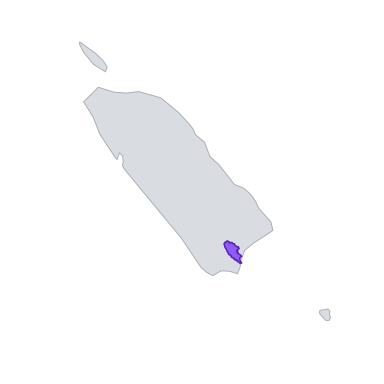 Añasco, Puerto Rico (highlighted), rotated 229°
{"feature_id": "32010507B40456711023422", "entity_name": "Añasco", "entity_type": "district", "adm_level": 2, "iso_a3": "PRI", "parent_name": "Puerto Rico", "parent_adm1": "", "projection": "albers", "projection_center": [-67.133, 18.283], "detail": "fine", "context": "in_parent", "style": "filled", "palette": "violet", "viewbox_px": 384, "rotation_deg": 229, "n_neighbors": 0, "source": "geoboundaries", "source_scale": "gbopen_adm2", "svg_char_len": 3032}
<svg xmlns="http://www.w3.org/2000/svg" viewBox="0 0 384 384"><g transform="rotate(229 192 192)"><path d="M260.5,160.4L264.9,163.3L269.2,162.9L265.7,156.8L268.8,156.8L295.9,160.3L313.3,166.5L331.2,169.4L332.5,190.0L318.8,198.4L309.9,207.1L302.6,217.8L283.4,230.3L260.1,234.1L244.6,234.5L238.8,234.1L233.1,232.1L221.4,234.1L207.0,228.8L194.6,230.2L169.9,228.9L160.7,233.6L151.9,234.7L143.2,233.8L135.9,231.7L117.6,231.9L109.9,227.8L113.1,204.3L113.4,193.6L108.9,184.8L104.0,179.3L100.4,172.7L107.6,168.4L113.5,162.1L115.3,152.7L121.7,150.4L129.3,149.3L164.1,153.7L252.2,155.9L257.2,156.6L260.5,160.4ZM360.3,210.1L349.2,211.1L342.0,210.0L339.5,205.6L352.9,201.4L368.6,201.8L377.6,204.2L378.8,205.8L360.3,210.1ZM14.4,217.9L13.0,218.0L11.7,217.8L11.1,217.4L10.2,216.1L6.2,213.8L5.2,211.8L6.2,209.6L7.8,208.7L16.0,208.5L16.8,208.8L18.5,210.3L18.5,211.3L17.7,212.3L16.2,214.9L15.6,215.6L15.2,216.3L15.0,217.4L14.4,217.9Z" fill="#d9dde1" stroke="#a8b0b8" stroke-width="1"/><path d="M130.3,181.4L129.7,181.2L128.7,180.6L127.9,180.5L127.6,180.5L126.7,180.4L125.5,180.0L123.6,179.4L123.4,179.6L122.8,179.6L122.4,179.4L122.0,179.3L121.8,179.4L121.6,179.0L121.3,178.9L121.1,179.0L120.6,178.8L120.2,179.1L119.9,179.1L119.8,179.5L119.3,179.7L119.2,179.7L118.9,179.7L118.3,179.8L118.1,179.7L117.8,179.3L117.8,179.2L117.4,179.0L117.2,179.0L116.7,179.0L116.4,179.4L116.2,179.3L115.5,179.5L115.0,179.7L115.0,180.0L114.4,180.1L114.0,179.9L113.7,180.0L113.2,179.7L112.4,180.1L111.9,180.2L111.9,180.4L112.0,180.7L111.8,180.7L111.3,180.7L111.1,180.6L110.9,180.6L110.8,181.0L110.3,181.2L110.0,181.2L109.5,180.8L109.2,180.8L109.0,181.1L108.7,181.2L108.3,181.4L107.5,181.4L107.3,181.6L106.9,181.7L106.6,181.5L106.3,181.9L105.9,182.8L106.1,182.9L107.1,183.0L107.3,183.1L108.4,183.3L109.3,183.4L109.5,183.6L109.9,183.8L110.1,183.9L110.7,184.7L110.8,184.9L110.9,185.1L111.0,186.1L111.0,186.5L111.0,187.3L113.2,187.1L113.7,187.0L114.6,186.7L114.8,186.5L114.9,186.4L115.2,186.3L115.7,186.3L115.9,186.5L116.1,186.5L115.9,186.7L116.1,187.0L116.3,186.9L116.5,187.1L116.8,186.9L116.4,186.8L116.7,186.6L116.9,186.6L117.3,186.7L117.3,187.1L117.6,187.0L117.5,186.7L117.7,186.8L117.8,187.0L117.7,187.3L117.8,187.3L117.9,187.6L118.1,187.5L118.6,187.6L118.5,187.9L118.6,188.1L118.4,188.3L118.2,188.2L118.1,188.4L118.3,188.7L118.2,188.8L118.2,189.2L118.4,189.2L118.6,189.6L118.7,189.9L118.5,190.0L118.5,190.4L118.9,190.4L119.1,190.4L119.2,190.6L119.4,190.4L119.9,190.5L120.3,190.9L120.9,190.0L121.5,190.2L122.2,189.9L122.4,189.8L122.5,189.5L122.7,189.4L122.9,189.4L123.2,189.6L123.7,189.4L124.1,189.4L124.4,189.8L124.7,189.9L124.8,189.8L125.2,189.9L125.4,189.9L126.1,189.0L126.6,188.5L126.9,188.6L127.2,189.1L127.5,189.1L128.2,188.4L128.5,188.1L129.0,186.8L129.4,187.0L130.1,187.4L130.3,187.4L130.4,187.0L130.8,187.0L131.3,186.7L131.8,186.7L132.0,186.5L132.0,185.8L132.1,185.6L132.1,185.3L131.9,185.0L132.2,184.5L132.1,184.2L132.3,184.1L132.4,183.9L132.1,183.6L132.1,183.4L132.0,182.8L132.0,182.3L130.3,181.4Z" fill="#8b5cf6" stroke="#5b21b6" stroke-width="1.5"/></g></svg>